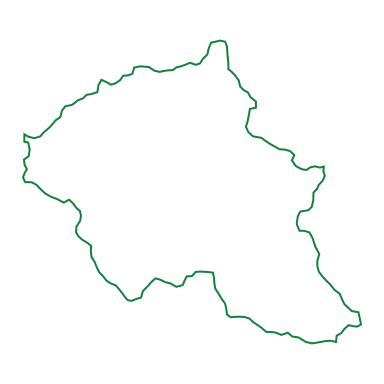 outline of Piracema, Minas Gerais, Brazil
{"feature_id": "56859067B5675405143241", "entity_name": "Piracema", "entity_type": "district", "adm_level": 2, "iso_a3": "BRA", "parent_name": "Brazil", "parent_adm1": "Minas Gerais", "projection": "robinson", "projection_center": [-44.418, -20.52], "detail": "fine", "context": "isolated", "style": "outline", "palette": "green", "viewbox_px": 384, "rotation_deg": 0, "n_neighbors": 0, "source": "geoboundaries", "source_scale": "gbopen_adm2", "svg_char_len": 2573}
<svg xmlns="http://www.w3.org/2000/svg" viewBox="0 0 384 384"><path d="M25.2,182.1L31.8,182.3L36.5,184.9L40.8,189.4L45.6,193.7L51.3,196.9L57.3,199.1L63.7,202.6L69.1,199.7L73.4,203.7L76.3,207.9L80.0,211.1L81.0,215.7L80.2,220.7L76.5,226.5L76.0,232.2L78.2,236.0L82.0,239.6L86.9,242.5L91.1,245.8L90.8,251.0L91.5,256.8L94.9,262.5L96.9,267.6L99.3,272.3L103.5,276.7L106.4,280.6L111.1,283.6L115.6,285.3L118.4,288.4L121.2,291.9L124.3,296.1L127.6,300.1L131.5,300.9L136.4,298.9L141.0,297.6L142.9,291.1L148.0,285.8L151.6,281.8L155.6,278.3L160.7,279.9L165.1,282.1L170.1,283.3L176.4,286.8L182.7,285.1L184.6,280.6L186.6,276.4L192.0,276.1L195.7,271.9L200.3,271.6L206.6,271.9L212.9,272.6L214.1,278.4L214.4,283.4L215.2,288.4L218.8,294.1L221.8,299.1L225.1,303.6L226.3,309.2L227.0,314.6L230.7,317.2L237.2,316.7L244.4,316.9L249.6,318.6L252.6,321.7L256.7,324.4L261.4,327.7L266.3,331.9L271.9,332.0L276.1,332.7L281.3,334.9L287.8,332.7L292.3,336.5L298.7,337.5L305.6,341.8L311.9,343.4L317.8,342.5L324.7,341.2L330.6,340.7L336.0,342.0L336.7,335.7L341.4,333.0L344.3,329.0L348.6,325.2L353.2,326.2L357.3,326.6L361.0,324.5L359.9,318.9L358.4,312.2L351.8,311.1L348.2,307.7L344.5,304.4L342.3,299.9L339.6,293.6L334.7,290.1L330.2,284.4L326.3,280.7L322.5,276.6L318.8,271.6L317.4,266.3L317.3,260.8L319.3,254.1L315.4,246.8L312.7,238.5L309.5,232.4L304.1,230.8L299.5,230.7L296.7,224.0L297.8,216.2L300.2,211.6L304.3,210.9L308.4,210.2L311.7,206.9L313.3,200.2L313.5,192.6L316.9,189.1L318.8,184.9L322.6,180.7L324.8,175.9L323.4,171.3L323.8,166.6L319.9,167.6L315.0,166.3L310.2,167.4L306.5,170.0L301.5,169.1L295.9,166.1L291.9,160.4L294.3,155.1L290.0,151.0L284.4,149.5L279.7,149.3L275.7,147.1L269.8,143.8L265.9,141.2L261.3,137.8L253.1,136.4L248.3,132.0L245.9,126.7L247.4,122.2L248.7,115.9L249.9,108.9L255.9,107.7L255.9,101.5L250.5,97.2L247.7,92.2L243.7,90.2L240.2,86.6L238.7,80.4L234.6,74.8L231.6,71.8L228.3,69.1L228.4,64.3L227.9,59.3L227.4,53.5L227.0,46.5L225.1,41.7L220.1,40.6L215.5,41.7L211.1,42.6L208.8,48.1L207.3,54.6L202.9,58.8L200.0,63.4L195.8,64.8L189.9,62.8L185.3,64.8L181.0,66.3L176.6,67.3L172.9,70.0L165.7,70.6L159.5,71.9L154.2,70.6L149.0,67.1L140.2,66.3L134.1,67.6L132.5,73.6L128.6,75.3L123.2,75.8L120.1,80.1L115.4,83.4L110.8,84.6L106.8,82.3L101.4,79.8L98.4,85.4L97.3,92.2L91.5,94.0L86.5,94.9L82.8,98.5L78.0,100.2L72.1,104.9L65.4,106.2L61.9,110.7L60.4,117.0L55.4,120.5L52.7,123.9L49.3,127.6L44.1,132.0L40.2,136.4L34.5,138.2L28.3,136.7L24.4,134.3L24.3,141.7L28.2,142.5L29.7,149.5L28.7,156.1L24.0,159.6L24.6,164.9L26.9,169.2L24.6,173.1L23.0,177.4L25.2,182.1Z" fill="none" stroke="#15803d" stroke-width="2"/></svg>